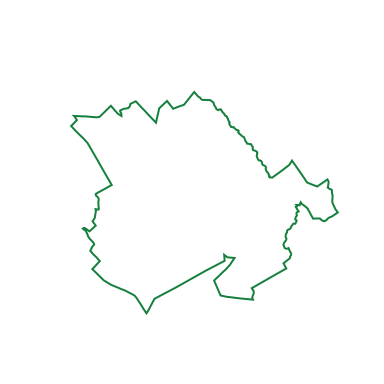 Gilgil, Rift Valley, Kenya, rotated 331°
{"feature_id": "3690345B90072985927430", "entity_name": "Gilgil", "entity_type": "district", "adm_level": 2, "iso_a3": "KEN", "parent_name": "Kenya", "parent_adm1": "Rift Valley", "projection": "mercator", "projection_center": [36.311, -0.527], "detail": "fine", "context": "isolated", "style": "outline", "palette": "green", "viewbox_px": 384, "rotation_deg": 331, "n_neighbors": 0, "source": "geoboundaries", "source_scale": "gbopen_adm2", "svg_char_len": 6025}
<svg xmlns="http://www.w3.org/2000/svg" viewBox="0 0 384 384"><g transform="rotate(331 192 192)"><path d="M125.7,68.3L125.8,68.7L126.0,70.0L126.2,73.3L118.3,75.7L119.6,81.1L121.2,86.7L123.0,92.6L124.4,98.5L124.5,102.2L124.6,108.0L124.7,113.9L124.8,119.6L124.8,125.1L124.9,130.7L125.0,136.4L125.1,141.9L125.2,147.0L123.4,146.9L116.6,147.0L110.6,146.9L107.4,147.0L106.6,147.3L106.3,149.0L107.0,150.3L107.1,151.6L107.2,152.4L106.6,153.6L106.2,154.2L105.9,154.6L105.2,155.4L104.9,155.8L104.7,156.4L104.1,157.6L103.6,158.6L103.4,159.2L103.1,159.7L102.6,161.2L101.7,162.1L99.3,160.2L98.7,162.1L94.3,167.6L90.8,169.5L91.1,171.8L91.5,174.7L87.6,175.7L83.2,176.7L82.5,175.2L81.2,172.3L80.2,171.0L78.8,171.1L79.5,173.0L80.2,174.2L80.2,175.8L80.0,178.5L79.6,180.2L79.8,182.1L79.9,183.7L80.4,185.2L80.8,186.7L81.2,188.9L80.9,190.6L77.9,191.7L74.5,194.2L75.0,196.0L75.2,197.4L75.6,199.1L76.2,200.9L76.7,202.6L77.9,207.7L67.4,211.2L68.0,212.9L68.7,215.3L69.6,218.3L70.7,222.0L72.0,226.5L75.0,231.8L76.8,234.7L80.2,238.9L81.7,240.8L82.8,242.3L84.0,243.7L86.2,246.4L87.7,248.8L90.8,253.4L91.7,255.2L92.0,257.2L92.2,257.8L92.3,258.4L92.3,259.6L92.3,260.3L92.5,263.2L92.6,263.8L92.8,267.5L92.9,270.7L93.1,272.7L93.2,274.6L93.4,276.1L96.7,274.2L107.4,267.2L131.7,267.7L166.1,267.5L177.9,267.8L187.2,268.0L189.7,262.6L191.3,266.3L197.2,270.3L189.7,274.2L187.2,275.0L184.1,276.1L180.1,277.0L174.0,278.7L171.0,279.4L168.4,280.2L166.8,296.3L171.3,300.3L173.0,301.5L182.5,308.4L193.1,315.7L193.4,313.7L194.8,312.2L196.7,310.8L197.9,308.5L197.7,306.5L197.6,305.1L226.4,304.7L237.4,304.6L237.5,298.7L245.4,297.4L246.6,296.0L248.0,295.1L248.9,293.9L248.9,292.1L249.0,289.8L249.3,287.9L247.2,287.6L246.0,286.1L246.1,284.2L246.5,282.3L247.8,281.2L249.5,280.4L251.0,279.7L252.0,278.6L252.0,276.9L252.8,275.5L253.9,274.3L255.7,273.3L256.5,271.9L257.8,271.5L258.4,271.6L259.4,271.8L259.9,271.8L260.6,271.5L261.7,270.5L263.4,269.7L265.3,268.8L266.9,269.8L268.5,268.8L269.7,267.7L269.0,266.0L270.1,264.7L271.3,263.9L272.4,263.4L272.7,261.8L273.7,260.6L275.9,260.6L275.7,258.9L275.6,257.0L275.5,255.4L276.8,255.4L276.9,253.9L278.4,254.8L279.8,255.8L280.6,254.8L282.1,253.7L282.3,255.8L283.5,258.2L285.1,262.4L285.0,269.9L285.0,274.0L288.2,275.6L291.0,277.1L291.4,278.4L292.1,280.2L293.7,281.8L295.0,281.8L296.3,281.7L297.6,281.1L299.7,280.9L302.4,281.2L306.3,280.9L309.6,280.6L309.3,278.1L309.1,276.6L309.3,273.0L309.4,271.5L309.6,270.0L309.9,268.6L313.5,262.9L313.7,261.3L315.3,257.8L314.0,256.1L313.7,255.7L313.4,255.1L312.9,253.9L313.9,252.8L315.3,251.0L316.5,249.2L316.6,246.7L313.8,247.0L304.2,247.9L301.3,244.5L297.4,239.7L297.1,238.1L297.0,235.8L296.0,225.5L295.6,221.6L294.7,213.0L291.5,214.8L290.8,215.1L290.0,215.5L285.2,216.2L283.6,216.5L283.1,216.6L277.6,217.3L269.2,218.3L268.5,217.9L267.9,217.3L267.1,217.1L266.9,216.5L266.9,215.9L267.5,215.5L267.7,214.8L267.4,214.3L267.7,213.3L267.8,212.6L267.8,212.0L267.7,211.6L267.4,211.0L267.2,210.4L267.3,209.7L267.3,209.1L267.4,208.2L268.0,207.0L268.6,206.3L268.7,205.7L268.6,204.8L268.3,204.3L267.9,203.8L267.4,203.2L266.9,202.1L267.0,201.5L267.3,200.7L267.6,200.0L267.5,198.9L267.5,198.3L266.9,197.4L266.4,197.2L265.9,196.8L265.5,195.7L265.6,195.1L265.7,194.3L265.7,193.8L265.8,193.3L265.9,192.5L266.0,191.9L266.2,191.6L266.6,191.3L267.0,191.0L267.3,190.5L267.4,190.0L267.9,189.6L268.3,189.2L268.2,188.7L268.2,188.1L267.9,187.5L267.5,187.0L267.2,186.5L266.5,185.7L265.9,185.2L265.6,184.7L265.9,184.3L266.1,183.8L266.2,183.3L266.5,182.9L267.1,181.7L266.9,181.2L266.8,180.5L266.8,179.9L266.7,179.3L266.8,178.8L266.3,178.4L265.6,178.0L264.9,177.4L264.5,177.0L264.0,176.7L263.6,176.4L263.6,175.9L263.8,175.2L263.6,174.6L263.5,174.0L263.4,173.5L263.7,172.9L263.6,172.4L263.7,171.8L263.9,170.5L264.0,170.0L264.1,169.4L263.8,168.9L263.4,168.3L263.0,167.8L262.9,167.2L262.6,166.8L262.5,166.2L262.4,165.6L261.9,164.8L261.8,164.1L261.5,163.6L261.6,163.1L261.6,162.7L261.3,162.3L262.2,161.4L262.5,161.0L262.4,160.5L262.0,160.1L261.4,159.8L261.0,159.2L260.7,158.5L260.5,158.0L260.3,157.3L260.1,156.7L260.0,156.1L260.0,155.6L259.4,155.4L259.0,155.2L258.7,154.7L257.8,154.1L257.7,153.5L257.8,152.7L257.6,152.2L257.5,151.7L257.6,151.1L257.9,149.9L258.7,149.4L258.5,148.7L258.4,148.2L258.6,147.5L258.6,146.6L258.7,145.9L259.0,145.3L258.8,144.4L258.8,143.9L259.0,143.4L259.0,142.8L258.6,142.2L258.3,141.7L258.3,141.2L257.9,140.9L257.9,140.4L258.0,139.9L258.1,139.4L258.0,138.8L257.7,138.2L257.6,137.8L257.4,137.3L257.5,136.5L257.3,135.7L257.3,134.9L257.0,134.4L257.3,133.9L256.8,133.4L256.1,133.2L255.7,133.1L255.1,132.9L254.5,133.1L254.2,132.6L254.0,132.2L253.7,131.6L253.5,130.8L253.7,129.9L253.8,129.1L253.7,128.4L253.5,127.6L253.6,127.0L253.7,126.2L253.9,125.6L253.9,125.1L254.1,124.6L254.0,123.8L253.7,123.1L253.5,122.7L253.3,122.2L253.1,121.7L252.8,121.1L252.6,120.6L252.0,120.2L251.4,119.8L250.9,119.5L250.3,119.2L249.8,118.9L249.3,118.5L248.6,118.2L248.1,117.8L247.6,117.4L247.1,117.3L246.6,117.1L245.9,116.5L245.5,116.0L245.2,115.6L244.9,114.7L244.9,113.9L244.7,113.3L244.6,112.9L244.2,112.4L243.9,112.0L243.7,111.5L243.6,111.1L243.5,110.5L243.3,109.8L243.2,109.2L243.1,108.7L243.0,108.3L242.8,107.7L242.7,107.0L242.6,106.2L242.4,105.6L232.4,109.7L227.6,111.7L227.1,111.8L220.9,110.7L216.9,110.2L216.4,110.1L215.9,110.1L214.3,100.3L203.9,102.9L194.1,113.9L193.0,109.6L191.9,105.5L190.9,101.7L189.9,97.4L189.4,95.8L188.9,93.8L187.9,89.9L186.8,85.4L180.7,85.1L179.2,86.8L178.7,87.1L178.1,87.3L177.5,87.5L177.0,87.7L176.5,87.6L176.0,87.3L175.3,87.3L173.7,86.5L173.1,86.4L172.7,86.2L172.1,86.0L171.4,86.1L170.9,86.1L170.2,86.0L169.5,85.9L169.0,85.8L168.5,86.0L168.3,86.4L168.2,87.1L168.3,87.9L168.3,88.5L168.2,88.9L168.1,89.4L167.9,89.8L167.6,90.4L167.1,91.3L165.5,88.3L165.2,87.8L165.0,87.3L164.8,86.3L164.7,85.8L164.4,84.6L164.3,84.1L164.2,83.6L164.0,82.8L163.8,81.6L163.1,78.5L163.0,77.9L162.9,77.3L161.2,77.7L158.9,78.4L156.2,79.1L153.4,79.9L151.8,80.3L150.0,80.8L147.5,81.5L144.7,80.4L142.9,79.2L138.4,76.2L135.2,74.0L132.9,72.8L131.2,71.7L125.7,68.3Z" fill="none" stroke="#15803d" stroke-width="2"/></g></svg>